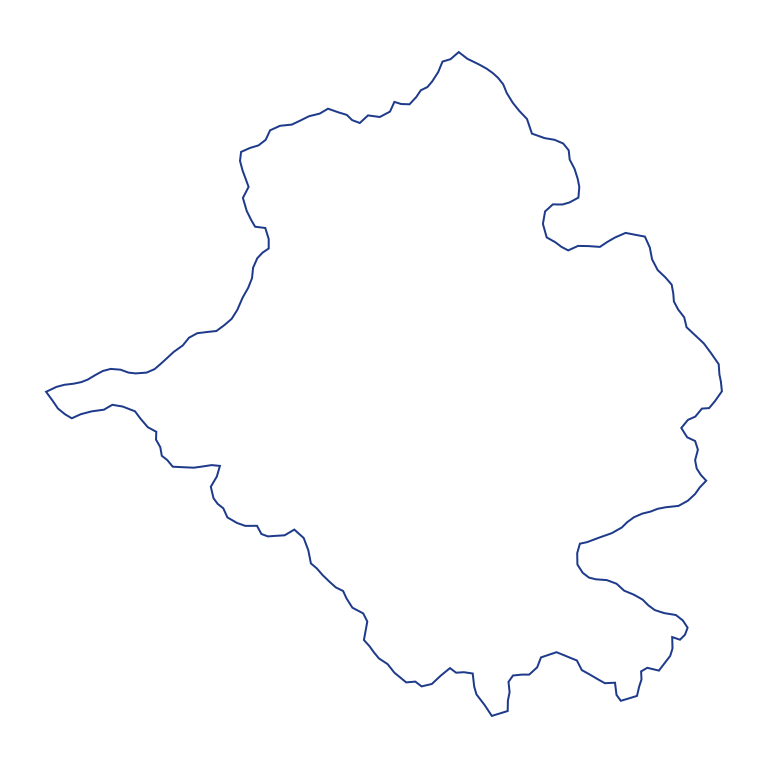 Santa Bárbara do Monte Verde, Minas Gerais, Brazil (Mercator projection)
{"feature_id": "56859067B95233367881630", "entity_name": "Santa Bárbara do Monte Verde", "entity_type": "district", "adm_level": 2, "iso_a3": "BRA", "parent_name": "Brazil", "parent_adm1": "Minas Gerais", "projection": "mercator", "projection_center": [-43.696, -21.962], "detail": "fine", "context": "isolated", "style": "outline", "palette": "blue", "viewbox_px": 768, "rotation_deg": 0, "n_neighbors": 0, "source": "geoboundaries", "source_scale": "gbopen_adm2", "svg_char_len": 3351}
<svg xmlns="http://www.w3.org/2000/svg" viewBox="0 0 768 768"><path d="M706.2,480.7L700.9,475.0L696.7,468.5L695.1,460.2L697.9,449.7L695.1,441.0L687.2,437.3L681.3,428.0L687.9,419.9L695.3,416.6L701.9,408.6L709.1,408.1L714.9,401.2L721.9,391.3L720.9,381.6L719.4,374.3L718.7,364.2L711.3,353.5L703.8,343.4L694.1,334.3L686.6,327.3L684.2,317.3L678.2,309.6L673.9,301.5L673.3,293.7L671.7,284.7L665.4,277.4L657.7,270.1L652.1,259.4L649.8,247.5L644.9,236.6L634.8,234.7L625.6,232.9L615.0,237.5L607.2,242.0L599.9,246.9L588.5,246.1L578.1,245.9L568.2,250.4L561.5,246.9L555.4,242.3L546.7,237.4L542.9,223.9L545.1,211.4L552.8,204.4L562.5,204.5L569.4,202.5L578.4,197.6L579.3,186.9L577.7,178.8L574.6,169.0L569.7,159.6L568.7,150.3L563.2,143.5L554.5,139.8L544.5,138.1L531.9,133.6L527.0,119.0L519.2,110.8L512.7,102.7L506.7,92.9L503.2,84.3L498.0,77.8L492.7,73.0L486.5,68.6L478.7,64.3L467.4,58.8L458.7,52.1L450.5,59.2L442.5,61.6L438.2,72.1L432.2,81.4L427.4,87.1L420.9,90.2L416.3,97.0L409.5,104.3L401.1,104.0L394.4,101.9L390.0,111.6L379.8,117.0L368.0,115.4L359.8,123.0L352.1,120.1L346.8,114.9L338.6,112.4L328.0,108.7L319.7,113.6L309.1,116.2L299.6,120.9L291.8,124.6L280.0,125.8L270.1,130.3L265.7,139.8L258.5,145.4L250.1,147.9L241.1,151.9L240.0,160.9L242.6,170.6L245.5,178.4L248.6,186.9L242.9,197.9L246.7,210.9L251.3,220.2L255.1,226.7L265.3,228.0L268.7,239.0L268.7,248.5L262.6,252.6L257.3,258.2L253.1,267.7L252.0,278.2L248.2,287.8L242.6,297.7L237.3,309.9L231.7,318.8L224.5,325.0L216.4,331.0L207.0,332.0L197.3,333.2L189.0,337.7L182.8,345.4L173.7,351.9L166.6,358.5L160.3,364.2L154.6,369.1L146.6,372.6L135.7,373.4L128.5,372.6L120.6,369.7L110.7,368.9L102.8,371.0L95.2,375.1L87.7,379.6L81.3,382.1L73.6,383.7L64.3,384.8L56.4,386.9L46.1,391.8L52.6,400.7L57.9,408.5L64.9,414.2L71.8,418.3L80.8,414.2L91.9,411.3L103.9,409.7L112.3,404.8L122.5,406.5L135.0,411.3L140.6,418.8L147.8,427.2L156.3,431.8L156.0,439.6L160.3,447.2L161.8,455.8L167.4,460.2L172.7,466.7L182.8,467.2L193.7,467.7L201.1,466.7L211.7,465.1L219.9,465.9L216.8,476.6L210.8,486.7L213.5,498.2L217.7,503.9L223.3,508.3L227.4,517.4L236.9,522.9L245.3,525.9L257.0,525.8L261.4,534.0L267.9,536.4L275.0,535.9L284.6,535.3L294.3,529.6L303.7,538.0L308.3,550.2L310.9,563.4L316.7,568.3L322.7,575.2L329.8,582.0L335.8,587.4L343.1,591.0L346.5,598.4L352.4,607.7L363.2,613.4L367.3,621.5L365.7,630.3L363.9,640.0L369.5,646.2L373.8,652.2L378.9,658.4L387.6,664.1L394.4,672.7L406.2,682.4L415.3,681.6L421.6,686.4L431.8,684.0L440.9,675.5L450.0,668.1L456.1,672.7L463.9,672.2L472.7,673.5L474.2,686.5L476.4,694.3L484.8,705.3L491.8,715.9L507.7,711.0L507.9,700.6L509.6,692.2L508.5,681.9L513.0,675.5L521.9,674.6L529.2,674.6L537.2,667.3L541.0,657.4L556.5,652.2L565.6,655.9L576.9,660.5L581.8,670.1L589.9,674.6L597.7,679.2L604.9,683.2L615.0,682.7L616.5,694.9L620.8,700.8L627.9,698.7L637.0,695.9L639.2,686.5L641.5,679.5L641.1,671.4L647.3,667.8L658.9,670.6L665.2,662.4L670.2,655.9L672.5,648.5L672.2,637.1L680.0,639.7L685.0,634.7L687.6,627.7L682.8,620.4L675.8,615.0L664.2,613.1L654.8,610.1L648.3,605.3L642.6,599.6L633.9,594.7L624.2,590.7L616.5,583.7L606.8,580.1L595.8,579.3L589.0,577.6L582.7,572.8L577.4,564.5L577.2,553.1L579.9,543.7L587.2,542.1L598.1,538.0L611.7,533.2L621.8,527.5L627.3,522.1L634.0,517.2L642.3,513.6L650.5,511.6L657.7,508.8L666.1,507.2L678.5,505.9L687.9,500.7L695.1,494.0L699.7,487.5L706.2,480.7Z" fill="none" stroke="#1e3a8a" stroke-width="2"/></svg>